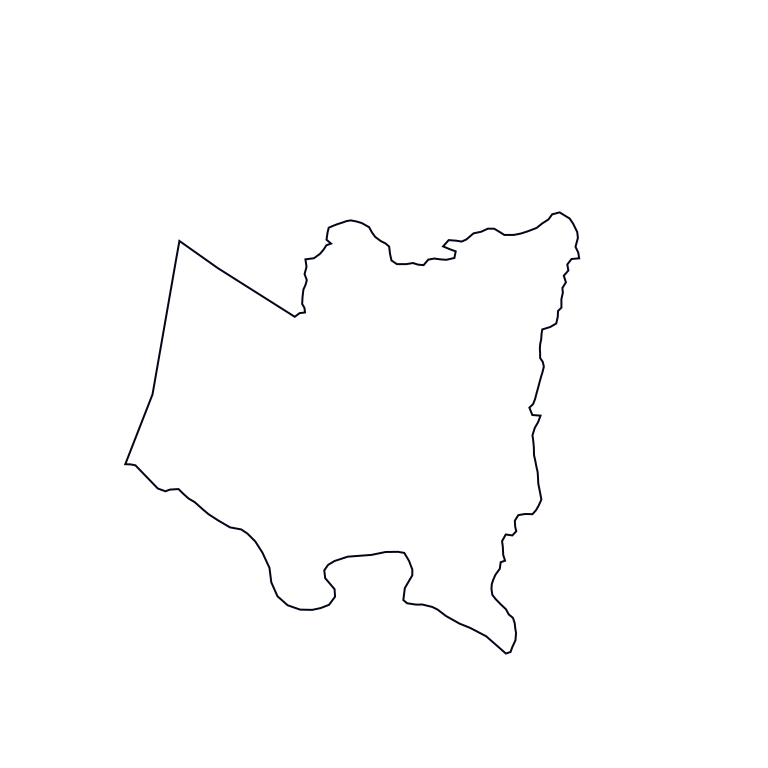 the district of Barra de São Miguel, Paraíba, Brazil, rotated 32°
{"feature_id": "56859067B75587111505212", "entity_name": "Barra de São Miguel", "entity_type": "district", "adm_level": 2, "iso_a3": "BRA", "parent_name": "Brazil", "parent_adm1": "Paraíba", "projection": "mercator", "projection_center": [-36.253, -7.679], "detail": "fine", "context": "isolated", "style": "outline", "palette": "ink", "viewbox_px": 768, "rotation_deg": 32, "n_neighbors": 0, "source": "geoboundaries", "source_scale": "gbopen_adm2", "svg_char_len": 2685}
<svg xmlns="http://www.w3.org/2000/svg" viewBox="0 0 768 768"><g transform="rotate(32 384 384)"><path d="M628.0,525.3L624.6,521.4L621.5,517.5L617.3,514.0L611.9,513.3L606.8,510.4L599.3,508.9L592.5,507.2L587.6,505.4L583.7,500.8L581.5,496.7L580.4,492.3L579.6,486.8L580.1,479.3L577.4,473.3L580.3,469.7L575.7,465.8L571.1,459.2L567.4,454.7L567.0,447.1L573.1,444.4L574.2,438.8L570.8,435.4L567.4,430.6L567.4,424.0L572.5,419.5L578.9,415.7L579.8,410.6L579.6,405.2L578.7,398.6L573.1,392.5L567.7,386.8L563.6,380.9L560.9,377.2L557.3,373.6L553.4,369.4L548.9,364.8L544.7,358.4L541.3,353.9L537.1,348.8L535.1,341.2L534.9,334.6L533.5,327.9L526.2,331.7L519.8,327.0L521.1,322.1L520.1,316.7L518.6,312.0L516.5,304.9L514.8,299.5L513.5,295.1L512.3,290.5L510.4,284.6L506.9,281.1L502.6,279.2L500.2,275.3L497.4,271.4L495.3,267.4L493.6,262.7L491.2,258.3L489.3,253.9L494.8,247.5L498.0,241.4L495.7,234.8L492.9,229.9L494.0,225.2L489.5,218.1L487.3,211.8L484.4,208.0L484.4,201.4L479.1,196.9L480.2,190.0L476.1,185.5L476.8,178.6L482.9,174.0L479.1,169.6L473.7,166.2L471.0,157.3L467.3,152.7L459.4,147.8L453.8,145.3L442.0,145.4L436.7,151.0L436.3,157.3L433.1,164.0L430.7,170.8L424.8,178.6L420.3,183.9L415.2,188.7L407.1,193.8L400.9,193.8L395.2,193.9L389.8,197.2L385.7,203.4L380.1,208.8L377.2,217.9L374.3,222.1L369.1,224.3L362.6,227.7L361.2,236.0L368.5,234.8L374.5,233.5L376.9,239.8L371.1,245.6L366.0,248.3L360.1,251.0L355.6,255.1L354.6,262.2L349.7,264.7L344.4,266.1L339.3,270.6L331.4,275.5L324.9,275.3L320.3,270.6L315.5,264.7L310.8,264.0L305.5,264.5L298.5,263.9L293.4,261.8L288.3,258.9L279.8,259.3L274.4,260.8L269.2,262.8L265.9,265.7L262.8,269.6L259.8,273.1L256.9,277.0L254.3,280.8L256.0,285.8L258.8,292.1L264.7,293.0L261.6,296.9L261.6,301.5L260.8,307.4L257.9,314.5L251.3,319.9L256.2,325.7L258.4,332.9L263.5,336.8L264.9,341.5L265.6,346.6L268.8,353.4L272.2,359.5L276.2,361.6L279.1,365.2L274.9,368.6L272.7,374.3L181.8,373.8L134.7,371.1L142.0,389.3L193.2,515.5L207.1,589.1L211.8,586.4L216.3,584.7L247.5,592.5L255.5,590.8L258.4,587.0L265.4,582.0L272.2,583.5L279.0,584.7L286.1,584.5L297.9,586.5L304.1,587.4L315.7,587.6L329.3,587.2L340.0,583.0L347.3,583.2L358.2,585.7L370.2,591.4L384.3,600.6L393.5,611.9L406.2,620.5L411.3,621.3L419.5,622.7L432.4,619.8L442.8,613.6L449.1,607.5L454.4,600.4L455.2,590.3L450.8,584.2L437.0,579.8L432.1,573.7L432.4,567.1L435.8,560.4L444.7,549.7L456.4,541.1L463.9,535.6L474.4,525.6L484.8,518.9L490.7,516.5L498.9,520.7L506.4,526.4L509.4,531.3L509.8,546.0L514.9,557.0L519.8,557.7L528.1,554.1L533.4,550.7L543.0,547.5L549.2,546.9L554.1,547.4L559.6,547.9L575.0,547.2L586.2,545.2L604.4,543.8L630.2,548.0L633.3,544.2L632.2,538.9L631.3,531.7L628.0,525.3Z" fill="none" stroke="#020617" stroke-width="2"/></g></svg>